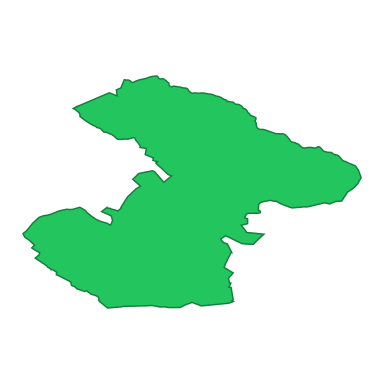 Ēveles pag., Burtnieku, Latvia (Natural Earth projection)
{"feature_id": "27541924B74046079513035", "entity_name": "Ēveles pag.", "entity_type": "district", "adm_level": 2, "iso_a3": "LVA", "parent_name": "Latvia", "parent_adm1": "Burtnieku", "projection": "natural_earth1", "projection_center": [25.59, 57.723], "detail": "fine", "context": "isolated", "style": "filled", "palette": "green", "viewbox_px": 384, "rotation_deg": 0, "n_neighbors": 0, "source": "geoboundaries", "source_scale": "gbopen_adm2", "svg_char_len": 5881}
<svg xmlns="http://www.w3.org/2000/svg" viewBox="0 0 384 384"><path d="M358.3,169.8L357.9,169.5L357.2,168.4L356.5,167.5L356.4,167.1L355.7,166.2L354.9,165.6L354.6,165.4L354.3,165.4L353.1,165.0L351.9,164.4L348.8,163.2L347.2,162.3L345.6,161.6L343.1,160.8L342.5,160.3L341.9,159.5L341.6,159.3L340.1,157.4L339.4,156.7L338.4,155.6L338.1,155.5L336.8,155.0L335.5,154.8L334.6,154.6L333.9,154.3L333.3,153.8L331.9,152.9L330.9,152.4L327.7,152.3L323.8,151.3L322.7,150.4L321.8,149.1L319.8,147.1L319.0,146.8L318.5,146.7L317.9,146.8L316.5,147.7L315.7,148.0L314.3,148.0L313.5,147.9L311.4,147.4L309.5,147.4L308.2,147.5L304.5,148.0L302.9,147.9L302.2,147.5L301.7,147.1L300.2,145.9L299.4,145.0L298.9,144.5L297.6,143.8L296.3,143.4L295.0,142.7L294.2,142.5L292.0,142.1L290.8,141.4L290.5,141.0L290.0,140.2L289.7,139.9L287.8,137.3L286.7,136.1L286.0,135.5L285.5,134.9L284.4,134.3L283.3,133.9L282.1,133.8L280.0,133.8L276.0,133.6L275.4,133.5L274.5,133.2L270.8,131.9L267.6,130.8L267.0,130.5L266.2,130.4L265.1,129.9L264.0,129.6L263.0,129.4L260.6,129.4L259.2,129.2L258.1,128.6L257.6,128.2L257.0,127.4L256.5,126.2L256.5,125.6L256.3,124.8L256.0,124.0L256.2,123.6L256.1,123.0L255.8,122.3L255.4,121.7L255.0,121.3L254.9,121.2L255.8,119.5L255.9,118.5L255.9,118.0L255.8,117.6L253.4,116.6L251.6,115.6L250.4,115.2L249.8,114.5L249.6,113.9L249.3,113.5L248.4,113.0L248.1,112.7L246.7,110.3L245.7,109.3L245.1,109.0L244.7,108.8L243.9,108.7L243.3,108.4L243.1,108.0L242.3,106.8L240.9,105.6L238.7,104.5L238.1,104.4L237.5,104.3L236.2,104.4L235.5,104.2L234.2,103.2L233.6,102.6L232.9,102.1L232.4,102.0L231.7,102.1L230.3,101.8L228.7,101.6L228.1,101.4L226.4,100.6L226.2,100.0L224.9,99.6L222.7,98.7L222.2,98.4L221.7,98.1L221.3,97.5L220.2,97.2L218.9,96.6L217.9,96.3L216.9,96.3L215.7,95.9L214.9,95.5L211.0,94.1L208.7,94.1L205.2,93.3L203.3,93.0L201.4,93.0L199.6,93.2L197.9,93.2L194.2,92.9L192.8,93.2L192.1,93.2L191.6,93.1L190.9,92.7L188.6,90.7L188.3,90.0L188.0,89.3L186.9,88.5L185.9,88.1L183.2,87.9L182.3,87.7L179.9,87.0L177.4,86.8L176.5,86.5L175.1,86.4L173.8,86.1L173.3,86.1L172.1,86.8L171.7,86.9L169.9,86.2L169.5,85.9L168.8,84.1L168.8,83.3L168.7,82.8L168.3,82.6L167.9,82.5L166.4,80.9L164.1,79.3L163.3,78.8L162.7,78.6L162.3,78.6L161.7,78.8L161.0,79.0L160.5,79.0L160.1,78.9L159.5,78.7L158.9,78.3L158.5,77.9L157.4,76.2L157.1,76.1L156.9,76.0L156.1,76.1L155.2,76.1L153.0,76.3L152.0,76.5L149.9,77.0L149.1,77.3L147.3,78.0L145.0,78.7L140.4,79.6L137.7,80.4L137.4,80.5L136.1,81.0L133.1,82.4L132.4,82.5L132.0,82.4L131.4,82.0L131.0,81.6L130.5,81.0L128.2,80.0L126.1,80.1L124.8,79.8L124.3,79.7L124.3,79.8L121.4,86.6L120.8,88.0L116.3,89.9L117.3,95.9L109.3,92.8L81.2,104.8L77.0,106.5L77.3,106.6L73.3,108.4L75.0,109.5L76.1,110.2L76.3,110.3L77.0,110.9L77.5,111.4L78.2,112.0L78.3,112.1L78.7,112.4L79.1,112.9L79.4,113.4L79.6,113.8L80.0,114.6L80.0,116.5L84.2,119.7L88.9,122.9L90.7,123.9L92.9,125.3L93.8,125.7L95.4,126.2L96.8,127.5L100.4,128.4L103.5,131.8L103.8,132.0L104.2,132.1L106.0,132.3L106.3,132.2L106.7,132.2L107.2,132.6L109.8,133.8L111.9,134.6L112.8,135.3L114.1,136.2L116.0,138.0L116.7,138.6L117.4,138.9L117.4,139.0L117.7,139.3L117.9,139.3L118.9,139.3L119.7,139.5L120.6,139.4L121.1,139.4L123.2,139.2L123.4,139.1L124.0,139.0L127.1,139.1L127.5,139.2L128.6,139.0L128.8,138.8L129.3,138.8L132.6,137.8L133.7,137.7L134.6,137.9L134.9,138.2L135.9,140.4L136.6,141.2L138.5,143.4L140.4,146.5L140.4,147.3L140.2,147.5L146.4,148.5L145.9,151.3L145.2,154.6L153.4,157.9L152.9,160.3L157.5,161.8L155.8,163.0L158.4,165.6L160.9,167.7L168.2,174.6L171.6,175.9L163.8,182.3L161.3,179.4L154.4,171.5L152.3,170.8L144.5,172.3L138.5,173.6L138.2,173.9L138.2,174.1L132.8,179.3L140.5,186.2L135.8,189.0L134.5,190.4L133.8,190.9L130.6,194.1L127.9,196.5L124.2,202.1L120.9,207.5L121.3,208.1L117.9,210.9L114.1,209.7L111.7,209.2L110.0,208.4L106.8,207.8L106.8,207.6L101.6,211.6L105.8,213.5L106.0,213.5L111.2,215.8L112.6,220.6L110.5,225.2L110.2,225.1L107.4,223.4L100.3,221.3L96.2,219.4L90.3,215.4L89.6,214.6L87.8,213.2L86.4,211.9L85.6,210.7L83.8,209.5L79.8,207.3L72.6,209.4L70.3,209.5L67.6,209.4L66.8,209.2L59.6,210.8L58.9,211.0L51.7,213.9L49.3,214.7L47.1,215.3L44.1,215.6L41.7,216.4L39.2,217.3L33.0,222.9L31.7,224.4L28.2,228.8L26.1,231.2L23.0,233.6L24.8,237.2L29.4,240.3L34.5,245.2L31.7,247.9L34.7,249.9L39.7,252.8L39.1,254.9L35.2,258.1L47.3,266.2L47.5,267.0L51.4,269.4L51.2,269.7L53.2,269.9L56.7,272.3L56.3,274.7L58.3,275.5L65.3,279.1L68.7,280.8L70.7,282.1L71.6,285.5L74.6,286.6L76.9,288.8L84.7,291.5L86.4,290.7L91.0,294.2L95.0,295.3L98.0,296.7L99.2,298.8L98.6,300.2L99.4,301.4L107.6,308.0L122.0,306.8L122.7,306.5L122.8,306.4L123.6,306.2L126.3,306.3L130.7,306.1L130.9,306.2L137.2,306.0L146.2,305.8L152.1,305.5L160.1,307.0L165.4,306.9L169.1,307.6L179.8,307.5L180.1,307.5L185.9,304.6L192.0,302.5L192.0,302.4L201.5,305.9L228.8,303.2L233.3,301.5L232.0,300.8L233.2,300.0L231.1,287.5L229.0,287.1L230.9,283.1L229.3,282.7L229.1,280.9L228.4,278.4L229.9,276.7L233.2,272.9L224.1,267.4L225.0,265.3L225.7,263.2L226.0,262.9L227.0,260.6L231.1,252.5L231.8,252.7L231.7,252.3L227.3,243.9L224.0,242.8L222.1,241.2L220.6,239.0L225.7,235.7L233.4,239.5L242.1,243.7L242.7,243.6L244.3,243.8L245.4,244.0L253.3,244.3L258.4,239.2L263.9,234.2L251.3,232.9L246.9,232.6L241.3,225.2L247.2,223.8L247.6,223.5L247.6,218.7L244.7,217.8L245.4,216.0L246.0,214.9L246.8,214.0L247.3,213.6L247.6,213.5L248.0,213.4L248.5,213.4L257.7,213.2L259.4,212.9L260.0,212.9L260.1,212.7L260.5,212.0L260.4,211.5L260.2,211.3L259.9,210.8L259.5,210.7L258.3,209.8L258.6,205.5L258.6,205.0L258.9,204.2L260.1,202.9L260.9,202.3L264.6,201.4L270.1,200.4L274.8,201.3L276.4,201.2L279.3,203.0L282.1,204.3L289.2,207.0L291.7,207.8L292.2,207.9L301.8,207.1L304.5,206.7L304.8,206.8L305.4,207.0L308.4,206.7L309.3,206.5L324.4,202.8L329.5,203.9L335.5,201.5L341.7,201.0L347.7,191.9L350.6,190.2L353.3,188.3L353.5,188.2L354.3,187.4L357.8,183.8L358.0,183.3L359.2,181.0L361.0,178.0L360.9,176.9L358.3,169.9L358.3,169.8Z" fill="#22c55e" stroke="#15803d" stroke-width="1.5"/></svg>